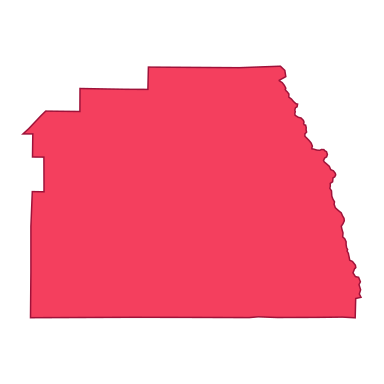 the district of Tulare, California, United States of America
{"feature_id": "52423323B44496470224494", "entity_name": "Tulare", "entity_type": "district", "adm_level": 2, "iso_a3": "USA", "parent_name": "United States of America", "parent_adm1": "California", "projection": "mercator", "projection_center": [-118.363, 36.267], "detail": "fine", "context": "isolated", "style": "filled", "palette": "rose", "viewbox_px": 384, "rotation_deg": 0, "n_neighbors": 0, "source": "geoboundaries", "source_scale": "gbopen_adm2", "svg_char_len": 1738}
<svg xmlns="http://www.w3.org/2000/svg" viewBox="0 0 384 384"><path d="M280.4,66.2L239.1,67.7L148.4,67.1L147.9,89.4L125.9,89.3L107.6,89.0L80.0,88.5L79.9,111.5L45.7,111.1L40.7,116.0L28.8,128.6L23.0,133.9L32.8,133.9L32.5,157.0L43.9,157.1L44.0,184.2L44.0,191.8L32.3,191.6L30.9,226.3L30.9,249.2L30.9,272.1L30.5,317.7L133.3,317.3L186.3,317.4L249.2,317.6L258.2,316.8L277.1,317.5L315.4,317.4L342.5,317.1L355.2,317.8L355.7,298.5L361.0,297.3L359.3,294.0L360.6,289.8L359.0,284.6L360.4,281.8L358.6,277.3L355.4,276.6L353.0,272.8L354.7,268.4L355.2,268.3L355.8,267.6L355.4,265.2L352.5,261.5L349.7,260.2L349.2,257.4L348.6,254.7L348.4,253.4L347.1,251.1L347.6,249.5L346.6,247.8L346.1,244.5L346.1,241.7L344.7,238.7L342.7,236.9L343.0,232.9L341.8,228.8L341.3,226.2L343.0,223.7L344.3,220.8L344.0,218.3L342.6,216.0L341.2,212.8L339.2,211.2L337.2,209.5L335.3,207.7L334.1,204.2L334.5,201.8L332.9,199.1L331.8,196.1L331.5,190.8L329.8,188.3L330.3,186.2L330.2,183.4L332.6,181.8L333.0,177.9L334.7,176.9L335.7,174.9L335.3,173.3L333.4,170.8L330.7,169.6L329.3,166.3L326.6,163.9L324.2,161.9L323.5,160.4L324.7,158.0L326.6,156.9L327.4,154.5L326.5,151.7L324.6,150.6L323.9,149.6L321.5,149.5L319.8,150.3L317.0,150.1L313.6,149.1L311.9,148.8L311.9,147.6L312.4,146.2L311.2,143.1L309.1,140.5L306.8,138.1L304.9,136.3L304.9,133.9L306.6,132.1L306.1,129.9L306.2,127.5L305.6,125.1L304.3,124.9L303.6,123.5L304.0,122.1L303.4,120.4L301.1,118.0L298.3,117.3L295.1,115.3L294.8,113.3L295.3,111.8L294.8,110.1L295.5,107.7L297.1,106.8L297.6,104.1L295.9,103.7L293.5,101.5L291.4,99.0L288.8,97.1L288.9,94.0L287.2,91.8L286.1,90.8L285.2,89.3L285.6,88.6L285.8,88.2L284.3,85.3L282.2,82.6L279.3,80.8L279.2,80.3L285.8,76.6L284.8,70.4L280.4,66.2Z" fill="#f43f5e" stroke="#9f1239" stroke-width="1.5"/></svg>